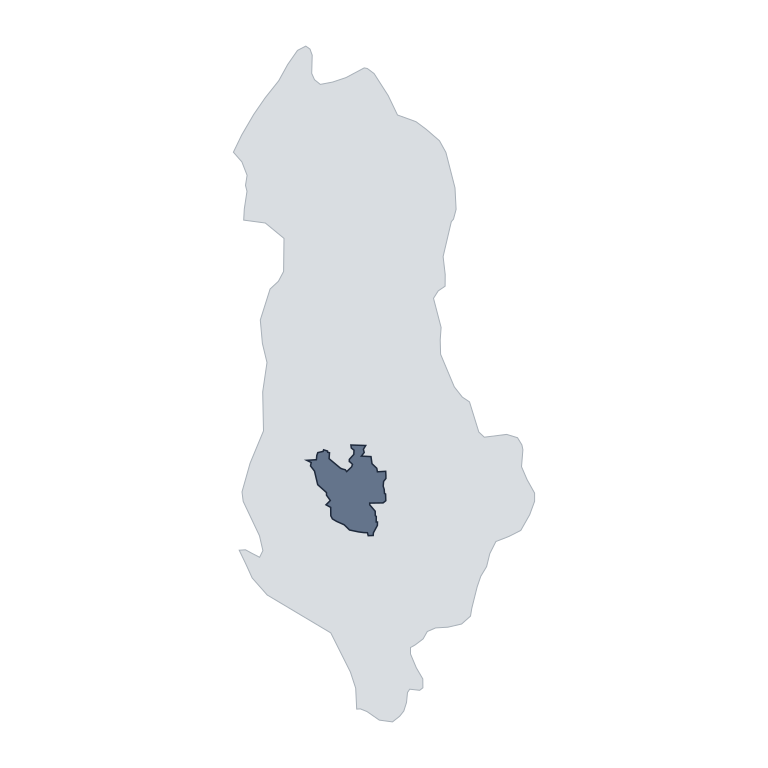 Berat, Berat, Albania (highlighted)
{"feature_id": "67620474B3220488890929", "entity_name": "Berat", "entity_type": "district", "adm_level": 2, "iso_a3": "ALB", "parent_name": "Albania", "parent_adm1": "Berat", "projection": "equal_earth", "projection_center": [19.979, 40.671], "detail": "fine", "context": "in_parent", "style": "filled", "palette": "slate", "viewbox_px": 768, "rotation_deg": 0, "n_neighbors": 0, "source": "geoboundaries", "source_scale": "gbopen_adm2", "svg_char_len": 2374}
<svg xmlns="http://www.w3.org/2000/svg" viewBox="0 0 768 768"><path d="M243.7,220.1L244.3,209.0L247.0,191.3L245.5,185.4L247.1,175.3L241.9,161.9L233.4,152.2L241.7,135.0L253.8,114.3L265.1,97.9L278.7,80.8L287.7,64.5L297.5,50.4L305.8,46.1L310.0,49.1L312.2,55.2L311.7,73.4L314.5,79.7L320.3,84.4L332.5,82.1L346.0,77.6L364.2,67.9L367.3,68.5L374.1,73.6L388.2,95.6L397.5,115.0L416.0,121.7L426.2,129.3L439.5,140.8L445.9,152.4L455.0,187.9L456.1,209.3L453.5,219.1L451.3,221.7L443.1,256.6L445.2,274.5L445.1,286.2L438.2,290.9L433.5,298.3L441.1,327.5L440.2,340.0L440.6,354.3L454.3,386.9L462.3,397.1L469.5,401.9L478.8,432.0L484.3,437.2L506.6,434.4L517.5,437.7L521.9,444.9L522.9,449.8L521.5,466.7L527.1,479.7L534.6,493.1L534.6,501.3L529.7,514.7L520.8,530.4L509.0,536.4L495.9,541.5L489.8,553.6L486.6,566.6L480.8,576.2L477.2,586.7L471.8,608.2L470.5,616.1L461.6,624.0L447.9,627.2L435.6,627.9L427.3,631.5L423.1,638.9L415.2,644.9L410.5,647.5L410.5,654.0L416.3,667.8L422.8,678.9L422.9,687.8L419.7,690.3L409.7,689.2L407.5,692.5L406.5,702.5L403.8,711.0L399.7,716.2L392.5,721.9L379.3,720.1L366.9,711.5L360.4,708.9L356.7,709.1L355.7,688.2L350.4,672.0L330.8,632.9L267.2,595.0L252.2,578.0L245.7,563.7L239.2,550.2L245.5,549.8L251.7,553.2L259.6,557.3L262.9,550.6L259.5,535.8L243.2,501.4L242.0,491.9L250.1,463.2L263.5,430.9L262.7,391.9L267.0,362.5L262.4,343.4L260.3,320.0L270.1,289.0L278.4,281.3L283.6,271.5L284.0,238.4L265.3,223.0L243.7,220.1Z" fill="#d9dde1" stroke="#a8b0b8" stroke-width="1"/><path d="M350.9,445.0L351.3,448.0L354.0,450.2L353.8,454.4L349.3,459.4L349.3,461.6L350.2,462.1L352.5,464.4L351.6,466.9L346.7,471.6L345.2,469.7L342.7,469.1L340.5,468.2L329.1,458.7L329.5,452.7L327.7,452.3L327.5,451.0L323.6,449.8L323.1,451.4L317.8,452.6L316.8,455.4L316.4,459.7L306.7,460.3L311.2,462.5L310.5,465.9L314.5,471.1L317.7,484.7L326.5,492.6L326.5,495.2L330.3,500.5L326.0,504.8L330.7,507.4L330.8,515.8L332.4,518.9L336.6,521.4L344.2,524.8L349.5,530.0L358.5,531.9L363.8,532.6L367.4,532.7L368.2,535.7L373.2,535.5L373.4,532.8L377.4,525.4L377.5,522.0L376.2,522.0L376.3,516.4L375.3,515.7L375.2,511.2L369.7,504.8L369.7,503.1L383.1,502.9L385.8,500.7L385.6,494.0L384.5,493.5L384.2,489.4L383.2,486.2L383.6,481.4L385.9,478.5L385.9,475.4L385.7,471.3L377.4,471.8L376.8,468.3L372.0,463.7L371.0,456.6L361.4,456.1L364.2,452.5L363.4,449.3L365.7,445.5L350.9,445.0Z" fill="#64748b" stroke="#1e293b" stroke-width="1.5"/></svg>